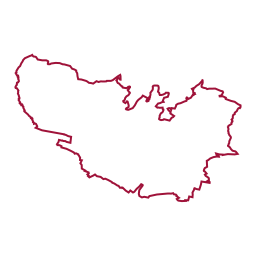 Huedin, Salaj, Romania (Robinson projection)
{"feature_id": "2599482B73354521931704", "entity_name": "Huedin", "entity_type": "district", "adm_level": 2, "iso_a3": "ROU", "parent_name": "Romania", "parent_adm1": "Salaj", "projection": "robinson", "projection_center": [23.004, 46.877], "detail": "fine", "context": "isolated", "style": "outline", "palette": "rose", "viewbox_px": 256, "rotation_deg": 0, "n_neighbors": 0, "source": "geoboundaries", "source_scale": "gbopen_adm2", "svg_char_len": 5741}
<svg xmlns="http://www.w3.org/2000/svg" viewBox="0 0 256 256"><path d="M177.6,200.1L178.3,200.6L181.8,201.1L185.8,200.9L185.5,200.2L188.2,200.3L189.2,196.5L192.5,197.2L192.7,194.4L192.5,192.6L194.1,189.6L194.3,188.4L194.7,188.2L196.2,189.0L199.3,189.6L200.9,184.6L201.5,181.5L209.6,182.9L209.7,182.1L208.9,181.7L208.9,180.8L207.8,180.8L208.9,180.1L208.8,178.2L207.9,177.3L205.7,175.9L204.9,174.6L206.6,173.6L205.0,171.6L203.9,171.0L203.8,170.7L204.2,169.2L204.8,168.1L207.1,166.8L206.8,160.8L208.2,160.1L210.3,158.4L213.5,157.1L216.9,156.5L218.9,156.7L218.5,155.4L216.7,155.3L216.1,153.5L219.3,154.4L222.8,154.6L222.8,155.0L227.8,154.1L234.6,154.4L237.6,153.9L236.0,151.9L235.4,151.4L232.5,150.7L230.8,148.9L229.9,147.3L228.0,145.9L228.0,145.5L228.6,144.8L228.7,143.8L229.2,143.1L229.3,141.2L230.9,137.8L230.7,136.7L229.2,134.9L229.2,134.4L228.5,133.4L228.6,132.1L228.3,131.7L228.1,130.9L228.5,129.0L227.9,127.1L228.3,126.7L228.3,126.1L228.8,125.6L231.5,124.0L231.5,122.6L232.1,122.0L232.0,121.7L232.5,121.1L232.1,120.6L232.2,120.1L231.6,119.6L232.8,118.1L232.8,116.1L233.2,115.4L233.2,115.0L233.6,114.6L234.7,114.2L234.8,112.7L236.9,111.0L237.5,109.5L238.3,108.4L239.4,107.8L239.9,108.1L240.4,107.5L240.4,106.7L240.6,106.3L240.5,105.3L238.2,104.3L234.7,101.8L231.0,100.9L225.7,99.0L225.5,98.7L225.8,97.7L222.8,96.3L219.7,96.4L219.6,95.8L221.0,95.6L222.2,94.2L223.1,92.3L222.6,91.3L220.5,90.8L215.3,88.6L209.0,88.7L207.1,89.1L206.0,88.3L203.6,87.8L201.9,87.1L201.6,86.8L201.5,86.1L201.7,85.0L202.3,84.1L202.3,83.6L202.7,82.9L202.6,80.3L202.4,80.2L202.0,81.0L199.1,84.2L196.4,85.9L194.8,87.5L192.4,88.6L193.2,89.1L192.5,89.6L193.1,90.1L193.2,92.3L193.5,92.7L194.7,93.1L194.6,93.5L194.9,94.0L192.9,94.4L192.8,94.7L193.3,95.1L192.2,95.8L190.9,97.7L188.4,98.9L187.3,97.6L186.7,97.5L186.3,98.3L186.8,99.9L186.4,100.9L184.6,101.4L180.5,103.2L178.1,103.7L176.3,104.8L175.9,106.4L174.8,108.6L171.8,108.1L171.2,109.8L170.2,108.2L169.0,108.1L167.6,108.7L168.4,110.1L170.6,112.2L170.3,113.2L170.4,113.5L174.1,116.0L173.1,117.1L171.6,117.8L169.6,120.6L164.0,119.2L163.2,119.8L161.1,120.1L159.7,119.6L159.1,119.1L159.2,118.2L159.7,117.3L159.6,115.9L160.8,113.4L162.3,112.4L162.8,111.7L163.4,110.3L163.4,109.5L162.8,109.3L162.6,107.6L159.8,107.8L157.6,107.4L157.3,107.6L155.8,106.3L158.1,103.5L160.1,103.1L162.1,102.1L163.6,101.9L162.9,100.6L164.1,97.8L167.8,96.8L168.7,94.2L168.8,93.2L168.4,92.8L165.9,92.7L165.1,93.6L163.0,94.6L161.3,95.0L159.8,95.0L159.5,94.4L159.2,92.9L158.0,91.7L158.7,88.8L158.7,87.3L158.3,86.0L157.7,85.6L154.6,85.5L153.3,85.8L153.0,86.2L152.7,86.8L152.9,87.7L152.7,89.7L150.4,92.8L150.5,94.6L150.1,96.2L149.7,96.5L149.9,97.1L149.0,97.5L149.0,98.2L149.5,98.4L149.6,98.8L148.4,100.5L148.4,101.0L146.9,101.5L146.3,101.0L147.0,99.5L147.9,98.3L142.8,95.6L141.6,97.3L138.4,99.8L136.9,101.5L134.8,105.4L132.7,108.1L128.4,109.8L127.3,109.7L126.1,109.3L125.9,109.0L126.4,108.2L128.5,107.1L128.6,106.8L128.7,105.4L127.6,101.6L127.0,101.3L125.4,103.1L123.6,102.0L123.3,101.6L123.3,100.9L124.2,100.4L124.8,99.7L125.2,98.0L126.5,96.3L128.4,95.2L129.9,92.9L129.6,92.3L128.9,91.8L127.7,90.0L128.9,89.0L129.1,88.3L130.0,87.4L130.0,86.8L129.6,86.5L128.2,86.8L127.3,87.8L125.9,88.1L122.8,87.6L122.5,87.4L122.4,86.5L121.1,85.8L119.0,83.5L117.8,83.0L117.3,82.3L117.0,81.1L116.4,80.5L117.3,79.3L117.4,78.7L118.8,78.1L119.2,78.3L120.2,79.7L120.6,79.7L120.5,76.0L120.2,74.9L117.7,76.4L112.7,80.2L110.8,80.9L106.8,80.9L106.5,81.3L104.5,81.5L100.6,81.4L98.6,82.0L96.5,81.2L93.2,83.6L91.3,83.1L88.9,82.8L87.4,81.6L86.1,80.9L81.4,79.5L78.2,79.2L77.5,76.2L77.2,73.2L76.2,71.6L76.2,70.5L74.5,69.5L72.1,68.7L70.1,66.0L64.3,64.4L62.7,64.3L59.7,63.1L55.6,62.9L51.2,63.5L49.9,64.2L48.1,64.2L47.8,63.9L47.9,62.9L48.2,62.5L48.2,61.4L47.8,61.0L46.1,60.3L42.1,60.3L37.7,59.5L36.1,57.1L35.2,56.7L33.5,56.5L32.9,56.0L32.2,54.9L31.1,55.6L30.0,55.9L24.9,58.2L23.1,60.1L22.6,61.4L21.3,63.3L20.1,66.1L18.6,67.4L16.5,70.8L16.3,72.2L16.1,72.5L16.3,72.7L15.9,73.0L16.2,73.2L16.1,73.9L16.8,75.1L18.1,75.6L18.2,76.3L17.9,76.6L18.2,76.7L18.1,77.1L18.4,77.4L18.1,77.9L18.4,78.4L18.2,79.0L18.5,79.4L18.9,81.1L18.3,81.8L18.2,82.3L17.0,82.7L16.8,84.1L16.9,84.8L16.3,85.3L15.4,87.1L15.7,88.0L16.8,88.2L18.4,90.5L18.1,91.2L18.2,92.5L17.9,93.6L18.8,95.4L18.8,95.9L19.5,98.0L19.4,98.6L18.9,98.7L19.1,99.2L18.6,100.0L20.2,102.4L19.6,103.1L19.7,103.3L20.4,103.9L21.6,104.2L21.4,104.6L21.7,104.9L21.6,105.1L22.4,105.1L22.4,105.6L22.8,105.9L22.8,106.5L23.4,106.8L23.4,108.0L24.7,110.4L24.2,111.0L24.3,111.3L28.1,114.6L28.9,115.8L30.1,116.6L30.5,117.3L31.4,117.6L31.2,118.1L31.7,118.1L32.4,118.5L32.5,118.9L32.1,119.6L32.6,120.3L32.6,120.7L33.2,121.5L33.0,122.3L34.2,123.0L34.1,123.8L35.1,123.5L36.0,123.9L37.2,126.2L37.2,126.5L35.7,127.8L42.0,130.3L64.1,134.3L64.1,134.5L65.8,134.9L68.1,136.1L71.1,136.8L70.4,142.8L66.6,141.9L65.3,141.1L63.2,141.0L62.5,140.5L61.7,140.6L59.0,139.9L58.5,142.0L57.0,144.2L57.5,144.6L57.5,145.1L59.5,145.2L61.5,146.2L61.4,147.4L66.5,148.8L71.1,151.0L73.9,152.5L74.7,153.7L76.0,153.3L78.2,154.3L78.2,154.8L79.0,155.6L79.4,156.7L80.1,157.4L80.0,160.0L81.8,160.3L80.4,163.3L81.7,165.0L81.8,168.6L85.2,170.5L84.8,171.0L88.6,172.4L88.8,173.3L87.4,174.4L88.6,175.5L88.0,176.1L89.4,177.4L93.2,175.6L95.0,174.5L96.9,176.2L100.6,176.9L103.4,179.1L105.3,178.7L108.2,180.0L111.8,182.0L112.2,182.7L114.3,183.5L117.5,185.6L118.5,185.8L120.0,187.8L121.7,187.5L122.1,188.0L122.7,187.7L125.7,190.6L128.6,192.5L130.3,190.5L133.0,192.5L134.3,191.8L136.7,188.8L139.2,186.6L141.2,184.2L142.6,184.9L142.7,185.5L139.3,190.1L138.8,193.9L139.4,196.0L141.9,197.4L144.2,196.8L148.3,197.6L149.4,196.1L156.9,194.5L168.1,193.5L171.2,193.6L173.2,193.2L173.9,194.3L175.9,194.6L176.7,195.5L176.4,196.0L178.9,197.8L176.8,199.0L177.6,200.1Z" fill="none" stroke="#9f1239" stroke-width="2"/></svg>